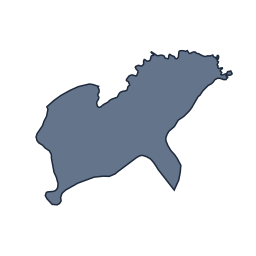 Santiago Atitlán, Sololá, Guatemala, rotated 15°
{"feature_id": "79465075B45388350866104", "entity_name": "Santiago Atitlán", "entity_type": "district", "adm_level": 2, "iso_a3": "GTM", "parent_name": "Guatemala", "parent_adm1": "Sololá", "projection": "mercator", "projection_center": [-91.211, 14.599], "detail": "fine", "context": "isolated", "style": "filled", "palette": "slate", "viewbox_px": 256, "rotation_deg": 15, "n_neighbors": 0, "source": "geoboundaries", "source_scale": "gbopen_adm2", "svg_char_len": 4155}
<svg xmlns="http://www.w3.org/2000/svg" viewBox="0 0 256 256"><g transform="rotate(15 128 128)"><path d="M74.5,221.4L79.5,220.5L81.4,218.7L82.3,215.9L80.9,212.4L81.2,208.1L83.8,204.1L93.6,194.4L108.0,184.2L116.7,180.9L122.4,179.6L127.5,175.6L128.8,173.6L144.1,154.1L146.6,151.8L148.8,150.7L153.4,150.9L157.8,152.1L161.6,154.6L165.6,158.1L168.1,160.5L188.7,176.0L190.5,165.1L189.9,157.1L188.7,150.4L183.3,144.6L180.3,142.0L175.1,138.6L171.1,134.7L168.0,130.6L167.1,127.9L167.4,123.9L168.4,120.5L172.4,114.6L174.5,107.4L178.8,102.5L182.5,96.2L184.2,92.2L187.6,79.5L189.0,77.7L190.6,72.9L194.4,66.2L197.1,63.7L198.5,61.4L199.3,59.0L201.6,56.8L204.1,56.2L208.1,56.5L210.2,55.8L210.2,55.1L210.5,54.2L211.1,53.9L211.2,53.0L210.5,52.7L209.0,52.1L209.3,51.3L210.1,51.1L211.0,51.0L211.8,50.9L212.7,50.7L213.4,50.2L214.1,49.6L214.5,48.9L214.3,48.2L213.8,47.8L212.5,46.3L211.8,46.6L211.5,47.1L210.8,47.4L210.1,47.4L209.6,48.0L209.5,48.7L209.3,49.4L208.8,50.1L207.7,50.8L206.3,51.8L205.5,52.3L204.7,52.5L203.9,52.3L203.9,51.4L204.1,50.8L204.2,50.1L203.4,49.6L202.4,49.2L202.3,48.5L202.5,47.9L202.9,47.3L203.8,46.1L203.5,45.5L202.9,45.6L200.6,46.9L199.8,46.9L199.2,46.4L199.2,45.6L198.8,44.7L198.1,44.4L197.8,43.8L197.8,43.0L198.1,42.0L198.2,40.7L197.3,40.5L196.8,40.0L196.9,39.4L197.1,38.5L197.3,37.5L197.3,36.5L197.1,35.6L196.7,34.9L196.2,34.6L195.5,34.9L195.5,35.8L195.5,36.6L195.7,37.6L195.6,38.3L194.9,38.0L194.5,37.4L193.9,37.1L192.8,37.1L192.1,37.0L191.6,36.3L191.0,35.6L190.3,36.1L189.5,36.7L188.7,37.1L187.9,37.3L187.3,37.5L186.4,37.6L185.5,38.2L184.5,38.8L183.5,39.0L182.9,39.0L181.8,39.0L180.6,38.8L179.7,38.5L178.8,38.5L178.0,38.2L177.1,37.9L176.1,38.1L175.3,38.1L174.3,37.8L173.5,37.3L172.8,37.3L171.9,37.5L171.1,37.9L170.5,38.3L170.1,38.6L169.5,39.2L168.9,39.8L168.3,40.1L167.6,39.9L167.1,39.6L165.8,38.3L165.2,37.9L164.5,38.4L163.8,39.1L162.8,39.1L162.1,39.0L161.4,39.1L160.6,39.2L159.8,39.4L159.2,39.6L158.2,40.0L157.5,41.0L157.6,42.0L157.8,43.4L157.8,44.0L158.0,44.8L158.2,45.7L158.2,46.5L157.9,47.4L157.4,48.2L156.6,48.7L155.4,48.4L154.9,47.6L154.1,47.0L153.3,46.9L152.7,46.9L151.7,46.8L150.8,46.5L149.3,46.0L148.9,46.4L148.7,47.3L148.7,47.9L148.8,48.5L149.0,49.4L149.1,50.3L148.7,50.8L147.9,50.8L147.2,50.8L146.4,50.9L145.5,50.7L144.9,49.9L144.0,49.0L143.1,48.9L142.3,48.9L141.7,48.9L140.6,49.2L139.0,50.1L138.2,50.4L137.1,50.5L136.4,50.3L135.7,49.9L135.1,49.7L131.0,48.4L130.7,48.9L131.4,49.4L132.2,49.8L133.5,50.3L133.9,51.0L133.3,51.6L132.3,51.9L131.8,52.7L131.9,56.4L131.6,57.0L131.0,57.7L130.5,58.1L129.2,58.4L128.3,58.3L127.6,58.0L126.7,57.6L126.0,57.6L125.8,58.6L125.8,59.2L125.9,59.9L126.3,61.3L126.6,62.2L126.2,63.1L125.0,64.7L124.2,64.8L123.4,64.8L122.8,64.7L122.1,64.7L121.3,65.1L119.6,66.5L119.3,67.5L119.9,68.2L120.7,69.0L122.7,70.3L123.2,71.2L123.1,72.1L123.0,73.6L122.9,74.7L122.4,75.6L121.5,75.7L119.1,75.6L118.1,75.7L117.3,76.1L116.4,76.7L115.5,77.6L114.6,79.9L114.1,81.1L114.0,82.2L114.5,82.8L115.3,82.9L116.5,83.2L117.0,84.0L117.4,84.6L118.0,85.2L118.5,86.2L118.0,86.9L117.5,87.5L117.3,88.2L117.2,88.9L117.3,89.7L117.3,90.7L117.2,91.6L116.8,92.1L115.9,92.8L115.3,93.1L114.4,93.5L113.6,93.8L112.8,94.3L112.1,94.9L111.5,95.3L111.0,96.0L110.7,96.6L110.4,97.5L110.2,98.6L109.7,100.8L109.1,101.5L108.4,101.9L107.9,102.3L106.9,102.9L105.9,103.6L104.9,104.3L104.2,104.9L103.7,105.5L102.9,106.4L102.5,107.1L102.2,107.8L101.6,108.6L100.9,109.2L100.3,109.8L99.5,110.5L98.5,111.5L97.8,112.3L97.4,112.9L96.7,114.0L95.5,115.3L94.7,115.5L93.9,115.5L93.3,115.1L92.6,114.5L92.2,113.8L91.4,112.4L91.2,111.4L91.3,110.6L91.4,109.9L91.7,109.0L92.0,107.9L92.0,106.2L91.7,105.6L90.9,104.8L90.4,104.3L90.2,103.6L90.3,102.7L90.5,102.1L90.8,101.3L90.6,100.2L90.3,99.0L89.8,98.0L89.3,97.5L88.5,96.6L88.8,95.4L82.6,95.1L79.3,95.5L69.3,100.9L62.3,106.6L54.7,114.0L49.3,120.6L44.1,128.5L45.8,130.6L46.3,137.9L45.1,143.4L44.8,148.0L41.7,156.8L41.5,160.5L42.7,162.3L43.1,163.4L45.5,165.4L49.9,166.7L53.2,168.8L57.9,170.4L60.1,172.7L60.8,173.4L61.8,176.9L68.0,189.9L71.5,194.1L74.1,198.6L74.7,199.3L75.5,203.5L74.9,205.9L73.8,207.5L72.1,208.6L67.0,210.5L65.8,211.4L65.6,214.7L68.0,217.3L74.5,221.4Z" fill="#64748b" stroke="#1e293b" stroke-width="1.5"/></g></svg>